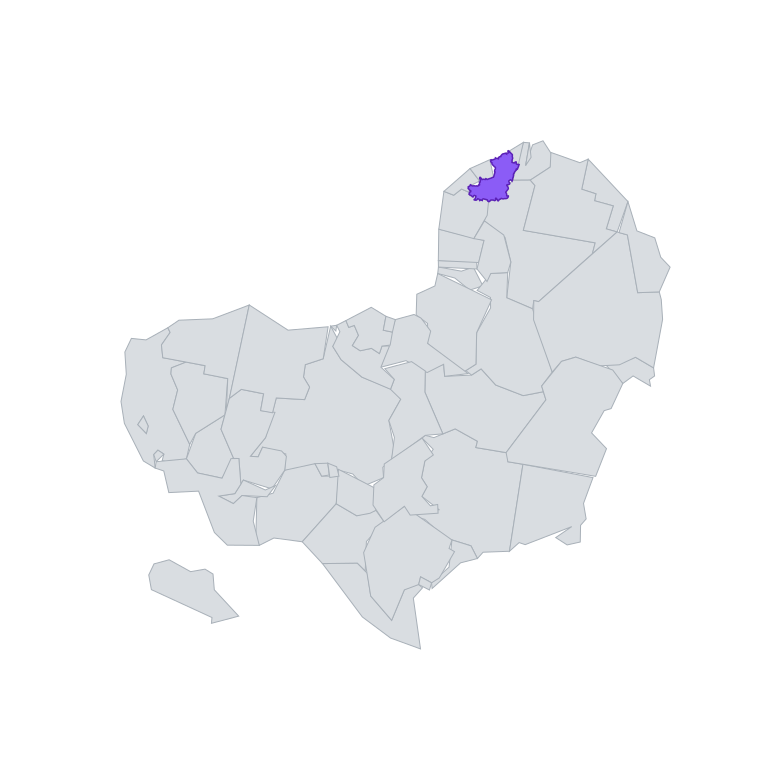 Guinea on a map of Africa (Albers equal-area conic projection), rotated 106°
{"feature_id": "GIN", "entity_name": "Guinea", "entity_type": "country or territory", "adm_level": 0, "iso_a3": "GIN", "parent_name": "Africa", "parent_adm1": "", "projection": "albers", "projection_center": [-10.714, 9.945], "detail": "fine", "context": "in_parent", "style": "filled", "palette": "violet", "viewbox_px": 768, "rotation_deg": 106, "n_neighbors": 49, "source": "natural_earth", "source_scale": "50m", "svg_char_len": 14239}
<svg xmlns="http://www.w3.org/2000/svg" viewBox="0 0 768 768"><g transform="rotate(106 384 384)"><path d="M512.3,396.9L558.2,419.1L562.4,447.4L573.5,459.4L567.8,464.6L528.3,474.9L519.5,460.5L494.3,455.7L483.7,443.3L479.6,428.4L489.8,418.5L485.0,401.9L512.3,396.9Z" fill="#d9dde1" stroke="#a8b0b8" stroke-width="1"/><path d="M173.6,201.8L173.6,213.1L149.6,212.7L149.8,232.1L142.8,232.7L142.3,247.6L111.6,249.7L141.4,199.8L173.6,201.8Z" fill="#d9dde1" stroke="#a8b0b8" stroke-width="1"/><path d="M479.6,428.4L494.3,455.7L478.3,459.1L478.2,483.3L488.7,484.9L490.3,492.5L468.3,483.1L427.1,483.7L420.9,456.0L407.5,454.7L399.5,463.3L387.1,465.0L376.5,449.4L343.1,451.2L353.8,440.7L362.0,443.6L372.5,431.9L383.5,407.1L387.5,370.8L394.1,363.7L417.7,369.3L441.9,357.2L455.3,355.8L464.4,362.2L474.1,358.6L487.7,375.6L479.1,389.2L479.6,428.4Z" fill="#d9dde1" stroke="#a8b0b8" stroke-width="1"/><path d="M573.6,393.6L563.5,360.3L570.6,347.8L591.5,338.3L609.1,311.5L576.3,307.7L566.0,298.4L569.3,290.8L581.7,296.8L628.6,275.9L626.4,307.7L613.9,340.6L573.6,393.6Z" fill="#d9dde1" stroke="#a8b0b8" stroke-width="1"/><path d="M558.2,419.1L512.3,396.9L518.2,373.9L507.7,357.0L516.4,345.9L540.3,357.5L568.9,350.5L563.5,360.3L573.6,393.6L558.2,419.1Z" fill="#d9dde1" stroke="#a8b0b8" stroke-width="1"/><path d="M431.1,335.0L424.9,332.2L422.0,330.2L421.8,321.3L407.5,303.2L413.3,278.4L419.8,278.2L416.0,244.5L424.6,243.5L422.9,228.3L510.2,217.3L518.4,242.4L526.0,246.1L515.6,255.8L515.0,282.5L502.9,307.4L502.8,322.7L489.7,296.4L481.6,316.6L470.8,314.2L463.8,322.1L446.8,323.5L433.2,318.7L425.5,332.5L431.1,335.0Z" fill="#d9dde1" stroke="#a8b0b8" stroke-width="1"/><path d="M416.3,247.7L419.8,278.2L413.3,278.4L407.5,303.2L415.7,313.7L380.5,342.5L360.1,347.9L348.6,332.1L359.9,327.8L351.3,302.3L342.7,294.8L354.2,276.3L356.8,247.0L347.5,228.7L354.6,224.0L416.3,247.7Z" fill="#d9dde1" stroke="#a8b0b8" stroke-width="1"/><path d="M389.5,607.3L393.4,603.8L407.8,608.7L419.7,603.9L417.5,580.3L427.1,592.8L433.1,591.6L446.6,580.7L466.6,580.0L495.6,554.1L510.4,553.3L518.4,566.5L518.8,576.1L512.1,576.3L509.9,583.1L515.3,585.9L527.9,580.8L524.3,594.1L493.4,622.7L473.3,632.0L445.7,634.4L424.7,641.9L409.8,639.4L407.2,624.9L389.5,607.3ZM497.1,598.8L489.4,599.1L481.0,606.4L490.9,609.5L497.1,598.8Z" fill="#d9dde1" stroke="#a8b0b8" stroke-width="1"/><path d="M497.1,598.8L490.9,609.5L481.0,606.4L489.4,599.1L497.1,598.8Z" fill="#d9dde1" stroke="#a8b0b8" stroke-width="1"/><path d="M510.4,553.3L483.3,551.4L457.5,528.4L472.4,528.2L497.0,508.0L519.2,513.7L520.9,538.7L510.4,553.3Z" fill="#d9dde1" stroke="#a8b0b8" stroke-width="1"/><path d="M495.6,554.1L466.6,580.0L446.6,580.7L433.1,591.6L427.1,592.8L417.5,580.3L415.7,561.0L423.9,560.0L421.9,535.7L457.5,528.4L483.3,551.4L495.6,554.1Z" fill="#d9dde1" stroke="#a8b0b8" stroke-width="1"/><path d="M415.7,561.0L419.7,603.9L407.8,608.7L393.4,603.8L389.5,607.3L379.2,598.7L368.6,566.7L345.2,535.3L455.9,527.5L421.9,535.7L423.9,560.0L415.7,561.0Z" fill="#d9dde1" stroke="#a8b0b8" stroke-width="1"/><path d="M113.2,307.1L106.4,298.2L118.0,285.0L129.7,284.0L147.7,299.6L152.7,316.5L113.3,316.6L112.1,310.6L135.0,308.1L113.2,307.1Z" fill="#d9dde1" stroke="#a8b0b8" stroke-width="1"/><path d="M152.7,316.5L147.7,299.6L151.6,293.6L197.9,292.4L190.1,219.9L201.3,219.6L262.2,258.1L262.5,263.0L270.8,261.9L267.3,289.8L231.8,295.7L209.8,308.0L199.6,332.4L179.4,333.9L170.9,317.6L163.0,321.2L152.7,316.5Z" fill="#d9dde1" stroke="#a8b0b8" stroke-width="1"/><path d="M111.6,249.7L142.3,247.6L142.8,232.7L149.8,232.1L149.6,212.7L173.6,213.1L173.6,201.8L201.3,219.6L190.1,219.9L197.9,292.4L151.6,293.6L147.7,299.6L129.7,284.0L115.4,287.4L117.3,256.8L111.6,249.7Z" fill="#d9dde1" stroke="#a8b0b8" stroke-width="1"/><path d="M263.0,362.8L256.6,363.9L254.2,340.7L247.0,330.4L262.4,316.0L270.1,327.5L262.6,345.2L263.0,362.8Z" fill="#d9dde1" stroke="#a8b0b8" stroke-width="1"/><path d="M347.5,228.7L356.8,247.0L354.2,276.3L342.7,294.8L351.3,302.3L348.6,309.1L339.6,301.1L309.1,309.1L281.5,302.5L271.5,305.5L268.4,320.3L248.3,311.8L242.8,295.8L267.3,289.8L270.8,261.9L326.2,225.6L342.5,231.9L347.5,228.7Z" fill="#d9dde1" stroke="#a8b0b8" stroke-width="1"/><path d="M263.0,362.8L273.4,303.8L309.1,309.1L339.6,301.1L351.9,312.0L333.0,353.3L313.8,358.8L308.8,372.1L288.7,377.2L275.7,362.1L263.0,362.8Z" fill="#d9dde1" stroke="#a8b0b8" stroke-width="1"/><path d="M350.8,306.0L359.9,327.8L348.6,332.1L361.1,345.7L355.5,369.3L368.7,391.6L319.0,390.9L308.9,374.3L310.5,366.5L320.3,353.7L333.0,353.3L350.8,306.0Z" fill="#d9dde1" stroke="#a8b0b8" stroke-width="1"/><path d="M247.8,326.3L256.6,363.9L250.4,365.8L240.6,328.8L247.8,326.3Z" fill="#d9dde1" stroke="#a8b0b8" stroke-width="1"/><path d="M241.1,326.3L250.4,365.8L220.1,374.0L218.4,327.4L241.1,326.3Z" fill="#d9dde1" stroke="#a8b0b8" stroke-width="1"/><path d="M179.4,333.9L193.4,331.3L219.5,337.7L220.1,374.0L182.3,379.5L183.3,369.0L175.2,363.2L179.4,333.9Z" fill="#d9dde1" stroke="#a8b0b8" stroke-width="1"/><path d="M113.3,316.6L136.0,315.3L135.6,321.4L124.9,327.3L113.3,316.6Z" fill="#d9dde1" stroke="#a8b0b8" stroke-width="1"/><path d="M176.4,353.7L175.2,363.2L183.3,369.0L182.3,379.5L153.2,360.7L162.5,348.1L170.5,356.6L176.4,353.7Z" fill="#d9dde1" stroke="#a8b0b8" stroke-width="1"/><path d="M139.2,344.1L155.7,335.3L162.5,348.1L153.2,360.7L139.2,344.1Z" fill="#d9dde1" stroke="#a8b0b8" stroke-width="1"/><path d="M199.6,332.4L207.8,309.9L231.8,295.7L242.8,295.8L248.3,311.8L257.1,313.2L247.8,326.3L218.4,327.4L219.5,337.7L199.6,332.4Z" fill="#d9dde1" stroke="#a8b0b8" stroke-width="1"/><path d="M455.3,355.8L432.4,359.3L417.7,369.3L394.1,363.7L387.3,376.3L376.8,375.4L369.0,387.4L354.9,363.7L360.1,347.9L380.5,342.5L415.7,313.7L422.0,330.2L455.3,355.8Z" fill="#d9dde1" stroke="#a8b0b8" stroke-width="1"/><path d="M387.3,376.3L383.5,407.1L372.5,431.9L362.0,443.6L345.9,440.8L340.6,445.7L333.5,438.1L339.3,433.5L335.9,428.7L344.3,421.9L355.8,425.0L358.6,416.1L353.2,405.9L356.0,396.8L348.1,396.4L345.9,389.2L368.7,391.6L376.8,375.4L387.3,376.3Z" fill="#d9dde1" stroke="#a8b0b8" stroke-width="1"/><path d="M331.8,390.2L344.9,388.8L348.1,396.4L356.0,396.8L353.2,405.9L358.6,416.1L355.8,425.0L344.3,421.9L335.9,428.7L339.3,433.5L333.5,438.1L313.8,417.4L318.4,400.8L332.5,399.5L331.8,390.2Z" fill="#d9dde1" stroke="#a8b0b8" stroke-width="1"/><path d="M319.0,390.9L331.8,390.2L332.5,399.5L318.4,400.8L319.0,390.9Z" fill="#d9dde1" stroke="#a8b0b8" stroke-width="1"/><path d="M494.3,455.7L515.7,462.9L515.1,492.7L519.7,494.0L495.6,503.0L497.0,508.0L472.4,528.2L440.4,528.7L428.5,519.7L426.6,497.0L443.6,495.3L441.3,481.0L468.3,483.1L490.3,492.5L488.7,484.9L478.2,483.3L476.6,464.0L480.4,457.9L494.3,455.7Z" fill="#d9dde1" stroke="#a8b0b8" stroke-width="1"/><path d="M511.4,460.2L524.6,465.3L530.3,489.7L540.5,495.8L537.3,511.9L530.5,497.2L515.1,492.7L518.6,468.9L511.4,460.2Z" fill="#d9dde1" stroke="#a8b0b8" stroke-width="1"/><path d="M528.3,474.9L551.9,471.9L573.5,459.4L582.1,490.2L573.5,506.1L538.1,532.7L547.7,560.9L528.3,571.7L527.9,580.8L521.5,581.6L510.4,553.3L520.9,538.7L519.2,513.7L497.9,510.5L495.6,503.0L519.7,494.0L530.5,497.2L537.3,511.9L540.5,495.8L530.3,489.7L528.3,474.9Z" fill="#d9dde1" stroke="#a8b0b8" stroke-width="1"/><path d="M521.5,581.6L515.3,585.9L509.9,583.1L512.1,576.3L521.5,581.6Z" fill="#d9dde1" stroke="#a8b0b8" stroke-width="1"/><path d="M340.6,445.7L346.3,444.9L343.1,451.2L340.6,445.7ZM344.4,453.5L376.5,449.4L387.1,465.0L399.5,463.3L407.5,454.7L420.9,456.0L427.1,483.7L442.4,483.2L443.6,495.3L426.6,497.0L428.5,519.7L440.4,528.7L345.2,535.3L358.7,491.1L344.4,453.5Z" fill="#d9dde1" stroke="#a8b0b8" stroke-width="1"/><path d="M486.6,411.6L489.8,418.5L479.6,428.4L475.6,416.2L486.6,411.6Z" fill="#d9dde1" stroke="#a8b0b8" stroke-width="1"/><path d="M647.2,459.7L661.6,483.9L655.9,485.0L645.8,550.9L632.4,557.5L620.3,555.5L612.2,542.1L617.7,518.2L611.3,505.0L613.8,496.0L628.6,490.4L647.2,459.7Z" fill="#d9dde1" stroke="#a8b0b8" stroke-width="1"/><path d="M112.1,310.6L125.6,305.1L135.0,308.1L112.1,310.6Z" fill="#d9dde1" stroke="#a8b0b8" stroke-width="1"/><path d="M304.6,175.9L289.0,149.6L294.2,129.3L301.7,126.1L306.7,130.1L312.6,127.2L307.6,146.8L317.7,154.6L304.6,175.9Z" fill="#d9dde1" stroke="#a8b0b8" stroke-width="1"/><path d="M173.6,201.8L173.6,191.1L226.3,165.3L219.6,144.8L226.3,140.8L245.1,134.0L294.2,129.3L289.0,149.6L300.7,163.1L307.3,182.3L305.3,207.1L313.3,219.6L326.2,225.6L281.1,257.9L262.5,263.0L262.2,258.1L173.6,201.8Z" fill="#d9dde1" stroke="#a8b0b8" stroke-width="1"/><path d="M515.2,275.7L515.6,255.8L526.0,246.1L534.8,261.1L567.3,281.4L562.0,283.5L542.1,271.0L515.2,275.7Z" fill="#d9dde1" stroke="#a8b0b8" stroke-width="1"/><path d="M141.4,199.8L167.1,183.1L168.9,164.0L185.9,152.9L192.8,141.2L219.6,144.8L226.3,165.3L173.6,191.1L173.7,199.8L141.4,199.8Z" fill="#d9dde1" stroke="#a8b0b8" stroke-width="1"/><path d="M510.2,217.3L422.9,228.3L416.4,157.3L443.8,159.3L458.0,152.5L465.6,156.1L481.8,151.8L488.2,163.6L484.3,176.6L469.3,164.2L499.5,204.0L499.2,210.4L510.2,217.3Z" fill="#d9dde1" stroke="#a8b0b8" stroke-width="1"/><path d="M414.4,155.1L424.6,243.5L416.3,247.7L354.6,224.0L342.5,231.9L313.3,219.6L305.3,207.1L307.5,168.0L317.7,154.6L345.0,158.9L348.9,165.0L373.8,171.0L384.8,152.3L414.4,155.1Z" fill="#d9dde1" stroke="#a8b0b8" stroke-width="1"/><path d="M609.1,311.5L591.5,338.3L551.7,357.1L524.2,353.1L495.9,330.7L515.2,275.7L524.2,276.1L525.7,270.0L555.2,277.4L562.0,283.5L559.3,295.7L567.2,295.4L576.3,307.7L609.1,311.5Z" fill="#d9dde1" stroke="#a8b0b8" stroke-width="1"/><path d="M562.0,283.5L569.5,283.5L567.2,295.4L559.3,295.7L562.0,283.5Z" fill="#d9dde1" stroke="#a8b0b8" stroke-width="1"/><path d="M512.3,396.9L478.6,404.3L486.7,363.4L507.7,357.0L512.1,361.8L518.2,373.9L512.3,396.9Z" fill="#d9dde1" stroke="#a8b0b8" stroke-width="1"/><path d="M485.0,401.9L488.8,410.3L475.6,416.2L476.6,406.7L485.0,401.9Z" fill="#d9dde1" stroke="#a8b0b8" stroke-width="1"/><path d="M483.8,365.9L474.1,358.6L460.8,361.7L425.5,332.5L438.6,317.0L446.8,323.5L463.8,322.1L470.8,314.2L481.6,316.6L488.3,305.8L485.0,299.2L493.3,296.4L502.8,322.7L495.9,330.7L516.4,345.9L503.4,361.2L483.8,365.9Z" fill="#d9dde1" stroke="#a8b0b8" stroke-width="1"/><path d="M162.1,347.5L161.5,347.4L161.3,347.5L160.5,348.4L160.0,348.8L159.6,348.8L159.3,348.7L159.0,348.8L158.8,348.6L158.9,348.4L159.1,348.1L159.5,347.1L160.4,346.1L160.4,345.9L160.0,345.3L159.6,344.5L159.6,343.6L159.5,343.0L158.7,342.8L158.5,342.7L158.7,341.9L159.0,341.4L159.0,341.2L158.4,340.4L157.6,339.4L156.9,338.3L156.2,337.3L155.7,336.9L155.2,336.2L155.0,335.8L154.5,335.7L153.0,335.7L151.1,335.7L149.6,335.7L149.5,336.2L147.8,336.6L146.8,336.2L145.6,336.4L145.0,336.7L144.9,337.3L144.6,337.9L144.4,338.2L144.2,338.5L143.9,339.0L143.6,339.6L143.1,340.5L142.5,341.0L141.5,341.3L141.2,342.2L140.9,342.6L140.6,342.8L140.2,343.0L139.8,342.9L139.4,342.8L138.9,343.0L138.8,342.8L139.1,342.0L138.9,341.7L138.1,340.9L138.1,340.5L137.8,340.1L136.8,339.1L135.9,339.2L136.1,338.4L136.1,337.3L135.8,336.7L135.9,336.1L135.7,336.1L135.4,336.5L134.9,336.4L133.9,335.8L133.4,335.1L133.3,334.6L133.2,334.4L132.9,334.5L132.2,334.5L130.3,333.5L128.9,331.2L128.9,330.6L129.1,329.7L128.4,330.1L128.3,329.7L127.8,328.7L127.6,328.2L127.2,327.9L126.8,327.9L126.5,328.0L126.1,329.1L125.8,329.1L125.5,328.9L125.6,328.1L125.9,327.7L126.4,327.0L127.7,324.5L128.1,323.9L128.4,323.7L129.0,323.6L130.2,323.3L131.1,322.7L131.6,322.5L132.7,322.6L134.0,322.5L135.7,322.0L135.7,321.2L135.7,320.2L135.7,319.8L135.1,319.5L134.7,319.2L134.4,318.8L134.1,318.5L134.1,318.2L134.6,318.0L134.8,317.8L135.5,317.8L135.8,317.7L136.1,316.8L136.2,316.2L135.8,315.3L135.8,314.6L138.3,314.7L138.5,314.8L139.6,314.9L140.3,314.9L140.7,315.0L140.9,315.1L140.9,315.4L140.7,315.8L140.9,316.1L141.3,316.2L141.5,316.1L141.6,315.9L141.9,315.8L142.2,315.9L142.9,316.4L143.5,316.6L144.2,316.9L144.9,317.0L145.5,317.0L145.9,317.3L146.7,317.4L147.8,317.0L148.7,316.9L149.8,316.8L150.4,317.0L152.2,316.7L153.1,316.7L153.6,316.8L153.4,317.0L153.2,317.5L153.0,318.1L152.8,318.4L152.8,318.7L153.4,319.2L154.3,319.9L154.6,320.0L155.0,319.8L155.6,319.3L156.1,318.7L156.6,318.4L157.1,318.4L157.6,318.8L158.1,319.7L158.6,320.6L158.8,320.8L159.1,320.8L159.3,320.6L159.5,320.5L159.7,320.1L160.7,318.9L161.4,318.6L161.6,318.5L162.1,318.3L163.0,318.6L164.2,319.1L165.6,319.7L166.1,319.8L166.4,319.7L166.9,318.9L167.4,318.6L168.2,318.2L168.8,318.0L169.1,318.0L169.3,317.8L169.3,317.5L169.3,317.1L168.9,316.5L168.9,316.4L169.1,316.2L169.6,316.2L170.2,316.2L171.0,316.5L171.5,316.8L171.9,317.3L172.3,318.2L172.5,319.1L173.3,320.6L173.3,321.5L173.3,322.5L173.6,322.7L173.9,322.8L174.1,322.9L174.5,323.7L174.8,324.0L175.2,324.0L176.0,324.5L176.5,324.7L176.5,324.9L176.5,325.1L176.3,325.4L176.0,325.6L175.6,325.9L175.2,326.4L174.5,327.5L174.6,327.8L175.0,327.9L175.3,327.8L176.0,327.4L176.5,327.5L177.0,327.8L177.2,328.1L177.3,328.6L177.1,329.1L177.1,329.7L177.3,330.7L177.6,331.8L177.9,332.1L179.6,333.0L179.8,333.4L179.8,333.8L179.7,334.3L179.6,334.6L179.1,335.0L178.6,335.4L178.5,335.8L178.5,336.5L178.6,338.1L178.6,339.5L179.0,340.0L179.5,340.3L180.0,340.2L180.5,340.1L180.5,340.9L180.3,341.9L181.0,342.2L181.3,342.5L180.5,343.2L180.2,343.5L180.1,344.3L180.1,345.0L181.4,345.5L181.9,346.1L182.1,346.8L182.2,348.0L181.8,348.2L181.4,347.9L181.1,347.5L180.8,347.5L180.1,347.4L179.4,347.3L178.5,347.4L178.1,347.4L177.9,347.6L177.9,348.0L177.8,349.2L178.1,349.5L178.7,349.8L179.1,349.9L179.4,349.9L179.7,350.0L179.7,350.6L179.5,351.0L179.2,351.3L178.8,352.2L178.9,352.6L178.9,353.1L178.2,354.4L178.0,354.7L177.1,354.4L176.5,354.3L176.1,354.7L175.8,354.4L175.4,354.1L175.3,353.7L175.1,353.7L174.7,353.7L174.3,353.9L174.2,354.3L174.1,354.8L174.1,355.2L173.9,355.4L173.4,356.0L173.2,356.5L172.9,357.0L172.6,357.0L172.4,356.9L172.3,357.0L171.7,357.3L171.2,357.4L171.0,357.1L170.7,356.9L170.4,356.4L170.0,356.1L169.3,355.9L169.0,356.0L168.7,355.9L168.5,355.6L168.9,355.1L169.1,354.6L169.2,354.1L169.2,353.6L169.0,352.9L168.7,352.3L168.6,352.0L168.6,351.5L168.6,351.1L168.5,350.8L168.4,350.4L168.3,350.0L168.1,349.9L168.0,349.2L168.0,348.5L167.8,348.3L167.3,348.1L167.1,347.8L166.9,347.6L166.6,347.5L166.4,347.7L166.1,347.1L165.8,347.2L163.8,347.9L163.7,347.6L163.6,347.3L163.2,347.2L162.5,347.4L162.1,347.5Z" fill="#8b5cf6" stroke="#5b21b6" stroke-width="1.5"/></g></svg>